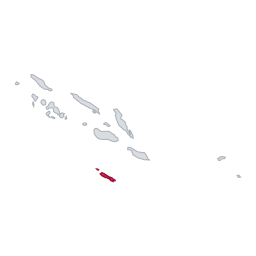 location of Rennell-Bellona, Rennell and Bellona, Solomon Islands
{"feature_id": "97153195B87172178268345", "entity_name": "Rennell-Bellona", "entity_type": "district", "adm_level": 2, "iso_a3": "SLB", "parent_name": "Solomon Islands", "parent_adm1": "Rennell and Bellona", "projection": "mercator", "projection_center": [160.218, -11.577], "detail": "fine", "context": "in_parent", "style": "filled", "palette": "rose", "viewbox_px": 256, "rotation_deg": 0, "n_neighbors": 0, "source": "geoboundaries", "source_scale": "gbopen_adm2", "svg_char_len": 5909}
<svg xmlns="http://www.w3.org/2000/svg" viewBox="0 0 256 256"><path d="M96.9,128.4L101.3,131.6L103.2,131.3L109.0,131.4L112.4,133.7L114.4,134.8L115.6,136.9L116.9,137.3L117.8,138.4L118.3,140.3L116.2,141.4L114.9,141.7L111.5,141.0L108.3,139.5L102.0,139.3L99.0,138.9L98.0,138.3L97.0,137.6L95.5,135.7L94.3,133.6L94.1,132.4L94.0,130.0L94.4,129.1L95.6,128.3L96.9,128.4ZM116.9,108.9L121.9,115.0L121.7,116.0L121.0,116.7L120.8,118.8L121.4,119.5L122.8,119.9L125.1,122.1L126.1,125.5L127.1,126.7L127.1,129.3L129.3,132.8L129.5,134.5L129.3,135.2L128.4,134.8L125.8,130.8L122.8,129.1L122.4,128.3L119.4,126.0L117.4,122.1L115.2,115.1L116.2,113.5L113.7,110.1L113.8,109.2L115.6,109.4L116.0,109.0L116.9,108.9ZM98.9,112.0L99.5,113.9L96.8,112.2L94.8,110.1L89.0,107.9L87.7,106.7L86.7,106.6L83.7,104.7L80.8,103.4L78.5,101.1L77.4,100.7L75.6,98.9L73.8,97.7L73.2,95.5L71.4,94.0L71.0,93.4L76.6,94.6L79.1,97.0L81.3,98.3L82.1,99.3L84.1,100.6L85.8,100.8L87.6,102.1L89.2,102.5L90.5,103.2L98.8,109.2L97.8,110.8L98.9,112.0ZM136.2,151.0L138.8,152.2L140.2,152.0L142.4,152.8L144.1,152.4L145.1,153.4L147.7,157.6L147.7,158.9L149.4,159.9L148.0,160.1L146.0,159.6L144.4,159.9L142.8,159.1L140.1,158.7L137.7,157.7L132.7,154.7L132.7,153.1L131.9,152.4L131.7,150.5L129.9,149.9L127.8,149.8L127.6,148.9L128.0,147.3L129.6,147.3L131.5,148.0L136.2,151.0ZM51.6,89.1L52.2,89.8L50.7,91.0L48.6,90.3L48.1,89.3L46.7,89.5L43.9,88.9L39.9,86.0L35.7,80.6L31.7,77.6L31.0,76.6L30.9,75.1L31.4,74.5L33.9,75.1L37.1,77.6L42.4,80.2L43.9,81.5L44.8,84.7L45.7,85.6L48.6,88.0L51.6,89.1ZM57.1,107.5L58.4,109.1L59.8,112.8L59.6,114.1L58.5,114.2L58.2,115.0L56.8,113.2L55.0,112.7L53.6,111.6L53.0,108.0L51.9,107.8L48.9,108.2L47.9,109.3L46.5,109.0L46.2,107.9L46.4,106.9L48.3,105.8L48.7,104.5L50.5,102.3L51.7,101.9L53.8,102.7L54.1,105.9L54.9,107.0L57.1,107.5ZM113.4,179.8L112.0,180.5L110.8,180.1L109.8,179.6L109.0,178.0L107.3,177.1L104.9,176.6L103.6,175.6L102.0,175.3L101.5,174.5L101.6,173.6L101.9,173.1L103.5,173.6L110.9,177.7L113.4,179.8ZM35.6,101.0L35.2,101.3L34.5,100.2L34.1,99.9L34.1,98.7L32.0,96.7L31.9,95.3L33.0,94.0L34.6,94.8L36.2,96.4L38.0,97.0L37.6,98.1L36.0,100.1L35.6,101.0ZM45.7,104.2L44.8,105.1L42.7,105.0L41.0,102.9L41.0,101.3L42.3,99.9L43.9,99.7L44.8,100.2L45.6,101.4L45.9,102.9L45.7,104.2ZM64.0,116.4L62.0,118.0L60.6,117.5L59.4,116.1L60.0,114.0L61.2,113.6L61.8,112.9L64.0,113.4L64.5,113.8L63.2,114.9L63.9,115.7L64.0,116.4ZM224.7,158.6L221.4,159.0L220.1,160.5L218.4,160.3L217.9,159.1L217.8,158.5L218.8,158.6L219.2,157.4L220.2,156.9L222.5,156.6L225.3,157.2L224.6,158.3L224.7,158.6ZM132.9,135.5L133.0,138.4L131.5,136.9L130.8,137.4L130.1,136.7L130.3,133.3L129.2,130.0L130.1,130.3L132.9,135.5ZM49.6,117.0L49.6,117.3L48.5,116.7L46.1,114.0L46.5,113.1L48.7,111.3L49.4,111.1L50.1,112.2L49.5,113.8L48.8,114.2L48.5,115.8L49.6,117.0ZM105.3,122.7L107.0,123.0L110.1,125.7L109.3,126.5L107.9,126.1L107.4,126.2L107.0,125.3L105.4,124.5L104.0,124.5L103.8,123.5L105.3,122.7ZM85.7,125.3L83.3,125.1L82.6,124.3L83.4,123.3L84.5,122.7L85.4,123.3L86.5,123.4L86.6,124.7L85.7,125.3ZM18.6,84.3L16.6,84.8L15.4,84.2L15.9,82.6L16.6,81.8L19.1,83.3L18.6,84.3ZM95.7,112.9L94.7,113.1L93.3,112.4L92.7,111.7L93.0,110.7L93.8,110.3L94.7,111.0L94.8,111.7L95.7,112.9ZM240.6,177.1L238.9,177.4L238.2,177.3L237.0,175.6L237.9,175.2L239.2,175.3L239.6,176.3L240.6,177.1ZM54.8,117.9L54.7,118.7L53.6,118.4L51.0,117.4L50.9,116.9L52.4,116.7L53.4,116.8L54.8,117.9ZM34.1,104.5L33.7,106.6L32.6,104.1L32.9,102.0L33.2,101.8L34.1,104.5ZM66.9,118.7L65.4,119.3L65.0,118.5L66.1,116.3L66.9,118.7Z" fill="#d9dde1" stroke="#a8b0b8" stroke-width="1"/><path d="M115.1,180.5L115.0,180.4L114.9,180.3L114.8,180.1L114.6,180.0L114.5,179.9L114.3,179.7L114.2,179.7L113.9,179.6L113.7,179.5L113.6,179.4L113.4,179.4L113.2,179.3L113.2,179.2L112.9,179.0L112.8,178.9L112.7,178.8L112.5,178.6L112.1,178.3L111.9,178.0L111.9,177.9L111.7,177.8L111.4,177.8L111.1,177.7L110.7,177.6L110.4,177.5L110.2,177.3L110.1,177.2L109.9,177.2L109.7,177.2L109.3,177.2L109.2,177.1L108.9,177.0L108.7,176.9L108.3,176.7L108.1,176.6L108.0,176.4L107.9,176.4L107.8,176.2L107.6,176.2L107.3,175.9L107.0,175.8L106.4,175.3L106.2,175.1L105.9,174.9L105.6,174.9L105.4,174.9L105.2,174.8L105.1,174.7L104.9,174.7L104.7,174.2L104.3,173.8L103.8,173.5L103.5,173.4L103.3,173.4L103.2,173.4L102.8,173.3L102.7,173.3L102.4,173.1L102.1,173.0L102.1,172.9L101.9,172.9L101.7,172.9L101.6,173.0L101.4,173.1L101.3,173.3L101.2,173.4L101.2,173.5L101.0,173.8L100.9,173.8L101.0,173.9L101.0,174.0L101.2,174.3L101.3,174.5L101.3,174.8L101.2,174.8L101.3,174.9L101.5,175.0L101.6,175.3L101.8,175.4L101.9,175.5L102.0,175.6L102.2,175.8L102.3,175.9L102.4,176.0L102.5,176.0L102.7,175.9L102.8,175.8L103.0,175.8L103.3,175.8L103.5,175.9L103.5,176.0L103.7,176.3L103.6,176.5L103.8,176.6L104.1,176.6L104.3,176.6L104.4,176.8L104.5,176.9L104.5,177.0L104.8,177.0L105.0,177.1L105.3,177.3L105.4,177.5L105.5,177.5L105.8,177.5L105.8,177.4L106.0,177.4L106.3,177.4L106.5,177.4L106.8,177.5L106.9,177.4L107.0,177.2L107.3,177.0L107.4,176.9L107.6,176.9L107.7,177.0L107.8,177.0L108.0,177.1L108.1,177.3L108.3,177.5L108.3,177.8L108.2,177.9L108.1,178.0L107.9,178.1L108.0,178.2L108.0,178.3L108.3,178.3L108.4,178.2L108.5,178.2L108.6,178.3L108.6,178.2L108.8,178.2L109.0,178.2L109.3,178.3L109.5,178.4L109.7,178.5L109.8,178.5L110.0,178.6L110.1,178.8L110.2,179.0L110.2,179.3L110.3,179.3L110.4,179.5L110.5,179.5L110.6,179.8L110.6,180.1L110.7,180.3L110.8,180.4L111.0,180.6L111.3,180.6L111.5,180.7L111.5,180.8L111.8,180.9L111.9,180.7L112.1,180.7L112.3,180.6L112.5,180.8L112.6,181.0L113.0,181.4L113.1,181.5L113.2,181.4L113.3,181.1L113.5,180.8L113.5,180.7L113.6,180.4L113.9,180.3L114.0,180.4L114.3,180.4L114.3,180.5L114.5,180.6L114.8,180.7L115.0,180.7L115.1,180.5ZM98.6,169.8L98.5,169.7L98.4,169.6L98.1,169.5L97.9,169.4L97.7,169.3L97.4,169.3L97.3,169.2L97.1,169.1L96.9,169.1L97.0,169.2L97.1,169.4L97.2,169.5L97.3,169.5L97.5,169.6L97.6,169.8L97.9,169.8L98.1,169.9L98.4,169.9L98.5,169.9L98.6,169.8Z" fill="#f43f5e" stroke="#9f1239" stroke-width="1.5"/></svg>